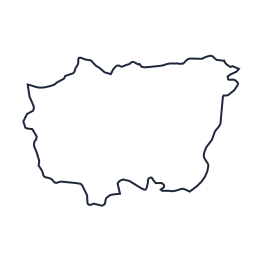 an SVG outline of Lääne-Viru, rotated 96°
{"feature_id": "EST-1658", "entity_name": "Lääne-Viru", "entity_type": "County", "adm_level": 1, "iso_a3": "EST", "parent_name": "Estonia", "parent_adm1": "", "projection": "orthographic", "projection_center": [26.348, 59.26], "detail": "fine", "context": "isolated", "style": "outline", "palette": "slate", "viewbox_px": 256, "rotation_deg": 96, "n_neighbors": 0, "source": "natural_earth", "source_scale": "10m", "svg_char_len": 2207}
<svg xmlns="http://www.w3.org/2000/svg" viewBox="0 0 256 256"><g transform="rotate(96 128 128)"><path d="M51.0,39.2L52.1,39.0L54.5,36.6L56.6,32.5L55.6,30.5L57.6,23.9L60.6,26.0L63.8,31.3L66.3,34.3L69.2,33.5L69.5,31.7L68.9,29.3L69.1,26.8L70.9,24.1L72.5,23.2L74.4,23.7L79.3,26.3L84.7,31.7L85.2,32.8L85.5,34.4L85.7,36.4L87.0,36.9L113.8,36.5L116.5,37.4L122.3,41.2L131.0,43.3L138.9,48.1L144.6,49.7L147.7,49.8L150.1,48.9L154.9,45.0L156.9,44.1L162.8,44.6L168.3,46.3L173.6,49.2L178.8,53.5L184.8,60.0L184.6,60.5L183.3,64.2L182.7,66.4L182.8,67.6L183.3,69.2L185.6,74.7L186.3,77.7L186.2,80.9L186.9,87.4L185.8,89.0L183.7,86.6L182.6,85.9L181.7,86.0L180.6,86.6L179.8,87.8L179.2,88.9L179.9,94.6L177.6,97.1L175.2,98.9L174.8,99.8L175.0,100.6L176.1,102.2L177.3,102.6L178.8,102.7L180.0,102.4L185.9,103.3L187.2,103.9L187.7,105.3L186.4,108.9L180.5,121.1L179.7,127.6L181.5,130.8L183.4,132.2L184.4,132.5L194.2,129.1L195.8,136.5L196.8,139.0L199.4,141.9L201.4,142.7L205.7,143.0L207.2,144.4L208.0,145.9L206.8,154.1L207.9,156.0L208.2,156.9L208.5,158.5L207.9,159.8L206.7,160.5L199.1,161.7L189.5,167.8L188.5,169.3L188.2,173.5L188.3,189.3L190.0,193.2L190.0,194.9L188.9,196.4L186.9,198.6L186.1,200.9L185.8,202.9L185.7,204.8L185.2,206.0L184.2,207.1L179.7,208.9L174.6,213.0L170.9,212.8L169.4,213.1L161.8,216.3L156.1,219.4L153.8,219.9L150.8,219.5L149.2,218.2L146.0,217.9L139.1,223.1L139.1,227.6L138.9,228.7L138.4,230.1L132.4,232.8L124.6,229.9L120.8,224.3L118.6,223.6L115.7,224.3L107.1,229.2L95.3,232.3L95.7,229.2L96.5,225.4L96.9,223.1L97.1,221.0L96.9,218.4L96.3,215.2L94.5,209.9L92.7,206.0L89.9,203.1L85.7,196.9L82.8,195.8L79.2,188.1L77.2,187.0L74.1,186.5L70.5,184.7L68.5,184.3L64.6,184.6L63.4,184.2L63.0,182.5L64.4,177.2L64.6,172.0L69.3,166.6L71.2,162.6L75.1,157.0L76.2,150.7L71.0,148.8L67.3,145.9L66.8,143.8L67.8,140.7L66.1,137.4L63.9,132.8L62.9,132.1L62.2,131.3L61.8,130.4L62.0,128.6L62.9,126.4L63.7,124.3L63.1,123.3L65.7,120.9L65.9,118.4L65.8,116.8L62.9,102.8L62.0,99.6L60.6,96.5L59.7,94.1L59.2,91.3L59.1,88.9L58.6,85.5L58.8,83.5L58.5,81.5L58.1,79.8L53.9,76.5L52.7,74.4L52.4,72.9L51.4,61.5L49.7,59.0L49.1,57.8L47.8,54.6L47.5,53.1L47.8,51.5L50.3,48.2L51.0,46.9L51.1,40.3L51.0,39.2Z" fill="none" stroke="#1e293b" stroke-width="2"/></g></svg>